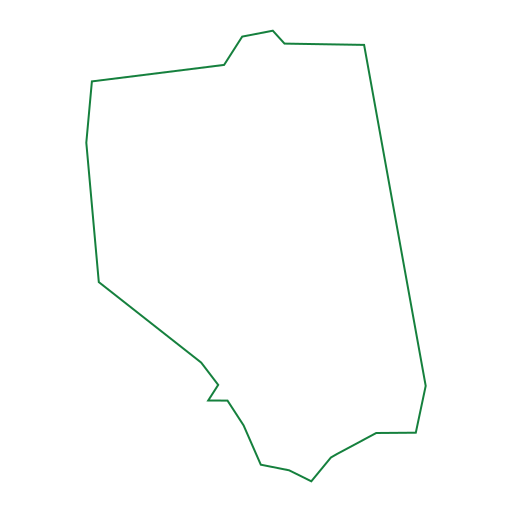 the district of Grant, Kentucky, United States of America
{"feature_id": "52423323B20105286967567", "entity_name": "Grant", "entity_type": "district", "adm_level": 2, "iso_a3": "USA", "parent_name": "United States of America", "parent_adm1": "Kentucky", "projection": "natural_earth1", "projection_center": [-84.627, 38.638], "detail": "fine", "context": "isolated", "style": "outline", "palette": "green", "viewbox_px": 512, "rotation_deg": 0, "n_neighbors": 0, "source": "geoboundaries", "source_scale": "gbopen_adm2", "svg_char_len": 381}
<svg xmlns="http://www.w3.org/2000/svg" viewBox="0 0 512 512"><path d="M224.1,64.9L91.9,81.4L86.3,142.7L98.8,282.1L201.2,362.6L218.2,384.9L208.2,400.5L227.5,400.6L243.6,425.4L260.8,464.7L289.1,470.3L311.3,481.3L330.9,457.5L336.8,454.1L376.2,433.0L415.8,432.7L425.7,385.9L364.1,44.9L284.5,43.6L272.8,30.7L242.2,36.6L224.1,64.9Z" fill="none" stroke="#15803d" stroke-width="2"/></svg>